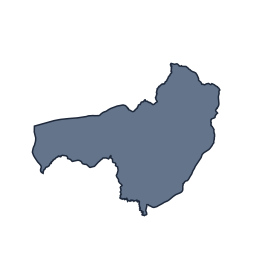 Si Mueang Mai, Ubon Ratchathani, Thailand (Natural Earth projection), rotated 211°
{"feature_id": "78962969B56370266169267", "entity_name": "Si Mueang Mai", "entity_type": "district", "adm_level": 2, "iso_a3": "THA", "parent_name": "Thailand", "parent_adm1": "Ubon Ratchathani", "projection": "natural_earth1", "projection_center": [105.345, 15.559], "detail": "fine", "context": "isolated", "style": "filled", "palette": "slate", "viewbox_px": 256, "rotation_deg": 211, "n_neighbors": 0, "source": "geoboundaries", "source_scale": "gbopen_adm2", "svg_char_len": 5656}
<svg xmlns="http://www.w3.org/2000/svg" viewBox="0 0 256 256"><g transform="rotate(211 128 128)"><path d="M209.2,81.4L206.3,76.3L202.0,72.0L200.9,70.0L200.3,68.6L199.3,65.0L199.2,63.3L198.7,61.2L197.5,58.0L194.9,55.9L192.8,54.7L187.9,52.4L184.2,51.3L182.7,50.4L182.2,49.8L181.5,47.2L181.1,46.6L180.7,46.1L179.4,45.4L177.4,45.4L177.5,45.9L178.3,46.7L178.2,47.5L178.5,48.9L178.0,50.2L178.2,51.7L177.8,52.5L177.0,53.2L176.2,55.0L176.4,57.0L176.2,57.7L176.0,57.8L176.3,58.3L176.0,58.6L176.1,59.0L175.8,58.9L176.0,59.7L175.6,60.7L175.7,61.9L175.3,62.1L175.3,62.9L175.1,63.5L174.8,63.6L174.4,64.4L174.5,65.3L173.9,66.3L173.3,66.9L173.2,67.3L173.4,67.6L173.1,68.2L172.1,68.4L171.8,68.7L171.5,68.4L171.1,68.5L170.7,69.0L170.9,69.5L170.8,70.1L170.2,70.8L166.4,72.4L165.5,72.2L164.7,71.8L164.2,70.9L163.9,70.7L162.8,71.1L160.9,71.4L159.0,70.7L158.5,70.7L155.0,74.0L153.9,74.8L152.9,75.1L151.2,75.2L150.2,74.9L148.9,74.1L148.1,74.1L146.6,74.5L144.8,75.4L140.7,74.6L140.2,74.7L137.1,77.8L136.9,78.3L135.8,83.7L135.3,84.9L135.0,86.6L134.4,87.5L134.0,89.4L131.3,91.1L128.7,91.5L128.6,92.4L128.7,94.8L128.5,95.4L128.1,95.2L127.4,93.5L125.3,93.3L123.7,91.0L123.0,90.8L121.3,91.4L120.4,91.2L119.9,90.7L119.4,89.4L119.2,89.3L116.9,89.3L114.7,86.7L113.6,82.7L113.7,82.1L113.5,81.2L112.4,80.3L109.6,79.0L108.7,77.6L107.7,77.0L106.8,76.6L104.4,76.2L103.5,75.7L103.6,75.0L104.1,74.0L104.0,73.1L103.7,72.7L103.0,72.4L102.7,71.8L101.9,71.1L101.7,70.2L101.7,69.1L101.1,68.9L99.7,67.7L99.9,67.4L99.9,67.1L99.7,66.9L99.9,66.3L99.0,65.1L99.1,64.7L99.0,64.1L98.5,63.7L97.7,63.8L97.1,64.4L96.6,64.0L96.1,64.3L95.8,64.3L95.6,64.9L95.0,65.4L94.3,65.0L94.2,65.4L93.8,65.2L93.1,65.8L93.3,66.5L92.9,67.1L92.2,66.7L92.0,66.2L91.8,66.3L91.5,65.9L91.1,65.8L91.1,65.4L90.7,65.1L90.7,65.5L90.6,65.4L90.2,65.9L89.7,66.2L89.1,66.1L88.8,66.4L88.2,66.7L88.4,67.3L88.1,67.3L88.1,67.5L87.7,67.6L87.7,68.1L87.2,68.3L86.9,68.0L86.4,68.6L85.2,68.2L84.9,69.1L83.9,69.8L83.3,70.7L82.7,70.1L82.8,70.4L82.6,70.4L82.4,69.9L82.2,70.0L82.0,69.8L81.9,70.2L82.1,70.4L81.5,70.5L81.6,70.8L81.4,71.0L81.2,71.0L81.1,70.6L80.7,70.7L80.7,70.3L80.3,70.0L80.1,70.1L80.0,69.7L79.7,69.6L79.4,69.1L79.5,68.8L79.2,68.2L78.5,67.8L77.8,66.6L77.4,66.3L77.0,66.3L76.3,65.8L76.5,65.4L76.2,65.1L76.3,64.7L75.9,64.7L75.8,64.3L75.3,63.8L75.3,63.6L73.7,64.1L73.5,63.6L73.1,63.5L73.0,63.0L72.0,63.6L72.0,63.2L71.7,63.3L71.5,62.9L71.6,62.5L71.2,62.2L71.5,61.9L71.5,61.7L71.2,61.7L71.2,61.0L70.9,61.1L70.7,60.9L70.5,61.1L69.7,61.2L69.4,61.4L68.9,61.3L68.4,62.3L67.6,63.1L67.5,63.8L68.6,65.1L69.7,65.8L70.4,66.6L71.6,70.6L72.4,72.0L71.0,72.8L70.0,72.3L68.5,72.7L66.6,72.7L65.4,73.0L64.7,73.4L62.7,75.6L62.0,77.0L59.5,81.2L58.7,82.9L56.5,85.9L55.6,87.9L54.1,92.4L52.7,95.5L49.7,99.6L49.1,101.0L49.0,102.4L49.4,103.6L51.2,106.5L51.4,107.6L52.1,108.6L51.9,108.8L51.9,109.5L51.6,109.8L51.7,110.9L51.5,111.7L51.1,112.4L50.1,113.4L49.7,114.9L49.8,118.7L49.7,121.2L50.3,124.7L50.3,127.6L50.6,129.8L50.1,140.2L50.8,143.5L50.3,145.7L47.6,151.2L47.2,152.9L46.9,156.0L47.0,158.4L46.8,159.5L47.7,160.8L48.4,163.2L49.0,163.9L49.4,165.3L50.7,167.4L51.6,167.9L51.7,168.3L52.1,168.6L53.3,170.3L53.5,171.0L56.6,172.6L57.9,172.8L58.0,173.3L58.4,173.2L58.8,173.7L59.0,174.6L59.6,175.2L59.5,175.6L60.0,176.0L60.2,175.9L60.7,176.5L60.9,178.1L61.1,178.1L60.9,179.0L59.1,181.3L58.9,181.9L59.4,182.9L59.5,184.4L59.3,185.8L58.9,186.9L59.8,187.3L61.0,187.4L62.1,188.4L62.0,190.0L61.7,190.6L62.1,190.8L61.8,192.1L61.9,193.9L62.5,195.5L66.6,201.2L67.0,202.2L67.6,204.3L68.9,206.2L69.1,207.6L68.9,207.9L70.7,208.9L72.1,209.0L72.5,209.4L74.6,209.3L76.5,209.5L79.0,209.2L79.3,207.9L80.2,207.6L81.9,207.7L83.5,206.3L84.6,204.4L86.5,204.1L87.0,203.5L87.3,203.5L88.9,204.7L92.1,205.3L92.9,206.6L93.7,207.3L96.1,209.0L98.2,210.0L99.6,210.0L101.6,209.6L103.2,209.5L104.9,209.9L106.0,209.8L107.4,210.3L110.0,210.6L113.4,208.7L114.3,208.9L114.6,208.3L115.2,207.7L115.8,207.8L116.2,207.6L117.0,208.0L118.7,208.3L119.4,208.0L121.0,206.5L124.3,205.6L124.4,205.3L124.2,204.2L123.9,204.2L123.8,203.9L123.4,204.0L123.0,203.3L122.6,203.4L122.6,203.0L122.3,203.1L122.0,202.9L121.8,201.6L121.2,201.2L121.2,200.7L120.9,200.4L120.7,199.7L120.4,199.3L120.4,199.0L120.3,198.8L119.9,198.9L119.9,198.6L119.3,198.2L119.1,197.7L119.3,196.9L119.5,195.7L119.2,194.4L119.6,193.6L119.5,193.4L119.7,192.3L119.3,191.4L119.4,189.7L119.1,188.3L119.3,187.5L119.6,187.3L119.8,186.7L119.8,186.2L119.5,185.6L119.6,185.3L119.5,184.7L120.1,184.4L120.5,183.5L121.4,183.4L121.4,183.0L122.2,181.3L122.2,180.5L122.6,180.1L122.9,179.5L122.9,179.0L122.7,178.9L122.8,178.8L122.8,178.0L123.1,177.4L123.1,176.8L123.2,176.4L122.6,176.1L122.7,175.7L122.6,175.1L122.2,174.3L122.1,173.3L121.5,172.9L121.2,172.8L121.2,172.5L121.0,172.4L121.0,171.8L120.6,171.5L120.1,168.8L119.9,168.6L120.0,168.0L119.5,167.8L118.6,166.8L116.8,165.9L116.5,165.6L116.5,165.3L116.8,164.7L117.2,164.1L117.6,162.5L117.9,161.7L118.7,160.9L122.2,161.2L122.5,161.1L122.8,160.7L123.1,160.9L124.0,160.6L124.3,160.8L124.9,160.7L125.3,160.9L126.1,160.4L126.3,160.1L127.0,160.2L127.1,160.5L127.8,161.0L128.2,160.6L128.3,159.0L128.2,158.7L129.8,157.1L130.0,156.7L129.7,155.6L129.8,154.7L129.7,154.4L130.2,154.1L130.9,153.0L130.5,151.7L130.6,150.6L130.4,150.6L130.3,149.7L131.3,147.3L131.1,146.5L131.5,146.0L131.6,145.2L132.5,144.4L133.0,144.3L136.1,144.2L136.7,144.0L137.1,144.1L137.6,144.7L138.0,144.7L137.9,144.9L140.8,145.7L142.0,145.8L144.1,145.2L148.6,141.2L152.9,135.8L154.1,133.8L155.3,131.1L156.7,129.5L156.8,129.1L157.1,128.9L157.5,128.3L158.4,126.2L158.6,124.9L159.2,123.7L163.2,121.2L164.3,120.7L168.2,118.0L169.7,116.3L176.6,110.6L183.9,105.4L190.5,100.4L195.2,96.2L209.2,81.4Z" fill="#64748b" stroke="#1e293b" stroke-width="1.5"/></g></svg>